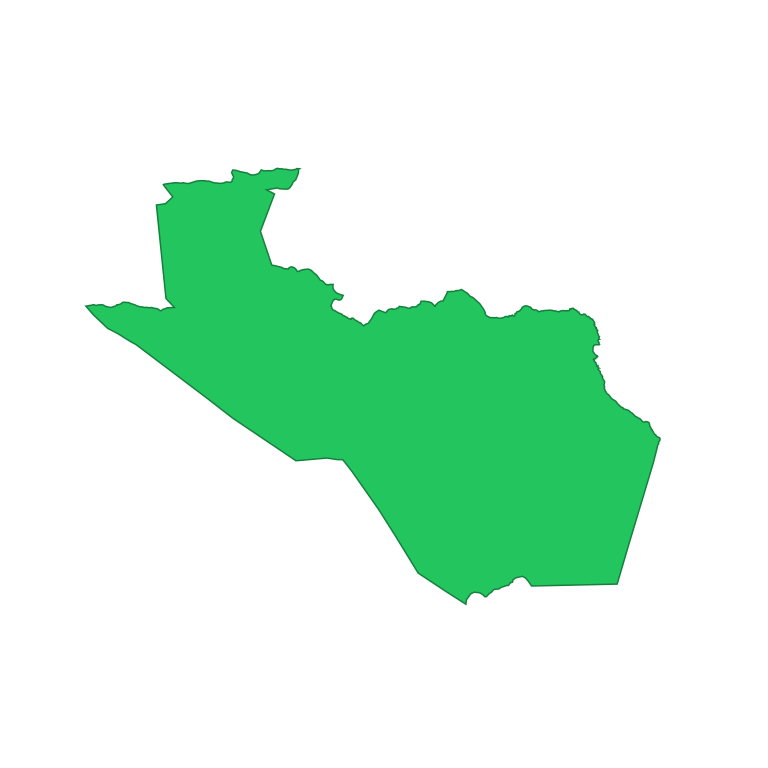 Dormaa Municipal, Brong Ahafo, Ghana (Equal Earth projection), rotated 298°
{"feature_id": "2480657B85939384202988", "entity_name": "Dormaa Municipal", "entity_type": "district", "adm_level": 2, "iso_a3": "GHA", "parent_name": "Ghana", "parent_adm1": "Brong Ahafo", "projection": "equal_earth", "projection_center": [-2.774, 7.238], "detail": "fine", "context": "isolated", "style": "filled", "palette": "green", "viewbox_px": 768, "rotation_deg": 298, "n_neighbors": 0, "source": "geoboundaries", "source_scale": "gbopen_adm2", "svg_char_len": 6154}
<svg xmlns="http://www.w3.org/2000/svg" viewBox="0 0 768 768"><g transform="rotate(298 384 384)"><path d="M534.3,208.3L533.4,206.0L531.6,204.9L531.1,203.9L529.8,202.6L528.5,199.9L527.6,196.6L526.5,194.8L526.2,193.1L525.0,190.8L524.4,188.7L523.5,187.7L520.9,186.3L519.1,183.9L518.1,181.7L515.9,178.3L515.4,175.1L511.5,174.7L509.8,173.6L507.1,170.5L506.1,167.9L506.0,164.0L503.9,157.1L503.2,153.1L501.9,150.0L499.1,150.2L496.5,153.7L495.8,154.2L493.0,154.1L491.9,154.6L490.0,153.8L488.4,149.9L486.7,148.3L486.1,148.1L484.3,145.3L481.8,139.3L481.0,134.2L479.9,132.5L479.7,131.2L477.5,126.7L475.0,123.0L469.7,117.8L468.8,116.5L468.0,114.4L467.5,112.3L465.7,110.0L465.1,108.0L463.4,104.6L457.2,96.1L456.7,95.7L456.3,95.6L450.0,109.7L440.6,106.4L435.2,99.0L434.6,99.4L357.1,151.4L353.2,163.0L350.6,158.6L350.0,158.2L349.9,157.5L349.3,156.6L347.3,155.1L346.5,154.0L344.3,152.9L343.7,152.2L344.1,148.6L342.8,144.9L342.4,142.8L341.0,140.7L340.1,138.0L338.9,136.2L338.7,134.6L337.8,132.8L337.1,129.9L336.9,126.4L336.0,122.0L336.2,120.8L334.1,115.9L333.3,114.8L331.6,114.3L329.7,112.7L328.4,110.8L326.8,110.4L325.3,108.7L324.5,108.2L323.1,106.4L322.3,103.5L322.2,102.5L321.7,101.6L322.0,99.4L321.7,98.1L320.7,96.2L320.1,95.6L319.8,94.6L318.3,93.1L317.6,90.1L315.8,88.3L315.0,86.9L314.2,86.2L312.8,84.2L308.6,95.1L303.4,113.8L303.5,125.4L302.5,139.8L302.4,146.5L288.7,232.3L282.8,266.6L274.9,342.3L291.9,368.5L295.4,378.5L297.8,383.1L291.9,396.5L270.7,438.2L254.8,466.1L233.1,502.9L229.8,537.2L228.0,559.7L232.2,558.1L239.4,559.1L242.5,561.3L244.6,566.6L244.4,570.2L243.5,573.0L244.4,574.3L248.0,575.2L250.9,576.7L253.6,577.3L254.5,577.8L257.0,581.7L259.7,583.0L261.5,585.0L263.5,586.6L264.6,588.5L267.2,588.8L268.7,589.7L269.4,590.5L271.5,589.8L274.7,591.3L279.1,596.4L279.2,600.0L277.5,604.2L274.9,609.1L316.8,683.8L356.6,675.6L441.9,658.6L459.1,654.3L460.2,654.6L461.5,653.7L463.5,654.1L465.1,653.6L465.9,652.6L465.7,650.0L465.9,648.7L466.7,647.8L466.7,646.2L468.5,643.6L468.9,642.4L469.4,642.4L469.7,641.2L470.5,640.2L470.9,640.0L471.0,639.5L471.6,638.5L474.1,636.5L474.3,635.9L474.4,634.6L473.7,632.7L472.3,631.4L472.1,630.6L472.3,629.4L473.4,626.9L473.5,620.9L474.8,616.9L474.9,614.9L475.5,612.6L475.0,609.0L474.5,607.5L475.2,606.0L475.0,603.9L476.1,600.0L477.6,596.7L477.9,592.1L480.1,587.0L480.1,585.5L481.3,583.7L482.0,582.2L482.9,581.6L483.5,580.7L485.2,580.0L486.3,578.7L488.9,578.1L490.0,577.4L491.0,575.2L492.7,573.4L493.4,573.4L493.5,572.7L493.9,572.3L494.5,570.8L495.4,569.7L496.3,569.2L497.0,568.1L497.3,566.4L498.0,566.3L498.8,565.6L499.0,566.0L499.1,565.3L499.7,565.0L499.8,564.4L500.4,564.3L499.9,563.8L500.4,563.8L500.7,562.3L502.1,561.4L502.8,559.0L503.3,559.0L504.0,557.4L504.7,557.4L504.9,558.2L505.8,559.0L506.7,558.8L507.2,559.4L507.7,559.0L508.5,559.8L509.0,559.1L508.9,557.0L510.9,553.1L514.5,551.4L516.6,551.1L517.9,552.3L519.7,555.5L519.9,555.3L520.2,555.6L520.7,554.7L521.7,554.3L522.0,553.4L522.7,553.0L522.9,552.4L524.3,552.6L524.6,553.2L524.9,552.3L526.8,552.1L527.2,551.0L528.9,549.1L529.4,548.2L530.2,548.1L530.8,547.2L531.6,547.5L532.3,545.9L532.4,545.0L532.6,544.9L533.1,545.3L533.6,544.8L533.5,543.9L534.5,542.2L535.0,542.2L535.2,541.7L535.7,542.0L536.1,541.3L536.8,541.3L538.1,539.5L538.3,538.5L538.8,538.3L539.1,536.8L538.6,535.7L539.1,535.2L539.6,532.8L539.1,532.4L539.0,532.0L539.2,530.4L539.5,530.3L540.0,528.8L539.6,527.5L538.1,526.8L537.7,524.9L537.9,523.6L538.6,522.3L538.9,522.3L538.7,521.2L539.2,520.2L539.4,517.9L539.1,516.8L539.6,516.3L539.7,515.4L539.1,514.5L538.3,514.4L537.8,513.1L537.5,512.8L536.3,513.3L535.6,512.9L535.1,511.9L534.8,511.8L533.8,509.6L533.4,509.3L533.2,508.3L532.4,506.7L531.7,506.2L531.2,505.4L530.4,505.2L530.3,504.6L529.9,504.5L529.3,502.9L529.3,501.9L528.1,498.9L528.1,498.2L527.6,497.6L527.5,496.5L523.8,490.5L523.2,490.1L522.4,488.5L522.0,488.4L520.4,486.5L520.8,485.2L520.8,483.7L520.5,482.8L519.7,481.6L519.7,479.7L519.7,479.1L520.4,478.0L520.6,476.8L520.1,475.7L520.3,474.8L519.8,472.9L519.1,471.7L517.2,470.4L516.4,470.0L515.3,470.2L512.8,469.5L512.2,469.6L510.2,467.5L508.2,467.4L507.8,466.7L506.4,467.2L504.9,467.0L504.7,466.4L505.1,464.9L503.5,464.2L503.4,463.1L502.8,462.3L501.8,462.6L501.3,461.9L501.3,460.7L500.4,459.3L498.9,458.5L497.1,456.4L495.8,454.2L495.6,452.3L494.2,450.2L492.4,446.2L492.3,443.3L492.6,441.7L493.4,440.5L494.5,439.9L496.3,437.6L499.8,431.0L501.8,423.2L502.1,421.3L501.8,419.8L501.9,418.7L503.3,415.1L503.4,411.9L503.9,408.2L501.6,406.1L500.6,404.2L498.4,402.1L497.5,400.1L496.2,398.5L495.7,397.1L495.2,396.6L494.2,397.0L485.0,397.1L484.0,395.4L481.6,393.7L477.5,392.4L476.7,392.7L476.5,392.2L477.8,388.7L478.0,387.7L477.5,384.7L476.0,380.6L474.5,377.9L471.4,378.3L470.4,377.2L467.6,376.3L466.1,374.4L465.5,372.8L464.3,371.8L463.2,371.5L462.4,370.1L462.0,368.6L461.9,367.1L459.7,361.1L457.8,360.7L457.1,359.9L455.6,359.1L454.6,357.6L454.2,355.8L452.3,353.4L450.5,352.6L447.7,352.1L446.8,344.8L443.7,343.1L441.7,342.3L436.4,342.4L430.1,341.6L428.0,339.6L425.9,339.0L426.1,337.0L426.9,335.0L426.9,334.1L426.6,333.6L426.9,331.6L427.0,327.8L427.6,325.8L427.0,324.6L425.8,324.6L425.8,323.9L425.5,323.7L425.5,322.8L425.1,322.0L425.5,319.8L425.3,319.4L425.5,318.4L425.3,318.0L425.5,316.9L425.3,316.1L425.3,315.1L425.8,314.3L425.7,312.0L425.3,310.1L425.6,309.3L425.4,308.9L425.7,306.4L425.5,304.2L425.7,303.5L426.9,301.9L427.8,301.1L427.9,300.4L433.0,299.9L435.4,300.5L435.9,300.8L436.6,302.2L436.8,304.5L437.0,305.0L438.2,306.3L439.5,306.6L443.1,306.4L442.4,303.1L442.1,299.5L442.9,296.5L444.5,294.1L446.7,292.8L448.0,292.4L446.8,289.9L445.8,288.7L445.2,288.3L444.8,286.1L444.9,285.0L445.0,284.3L446.1,281.6L445.8,279.6L446.0,278.6L448.6,273.4L449.0,270.7L450.2,266.5L450.1,263.9L449.6,262.7L447.4,259.4L445.0,256.8L443.5,255.9L442.7,254.6L443.8,252.8L444.5,250.5L444.3,248.0L443.3,246.4L442.8,246.1L442.0,245.6L440.4,245.4L440.1,244.1L439.0,242.0L438.9,238.7L437.3,232.3L436.3,229.1L460.8,203.2L500.4,198.1L500.2,189.0L506.8,197.5L507.2,198.2L507.2,199.3L507.4,200.4L510.4,206.7L511.6,208.1L513.3,208.8L515.7,209.0L517.9,209.2L519.2,208.8L522.9,210.2L530.1,209.4L532.2,208.4L533.1,207.5L534.3,208.3Z" fill="#22c55e" stroke="#15803d" stroke-width="1.5"/></g></svg>